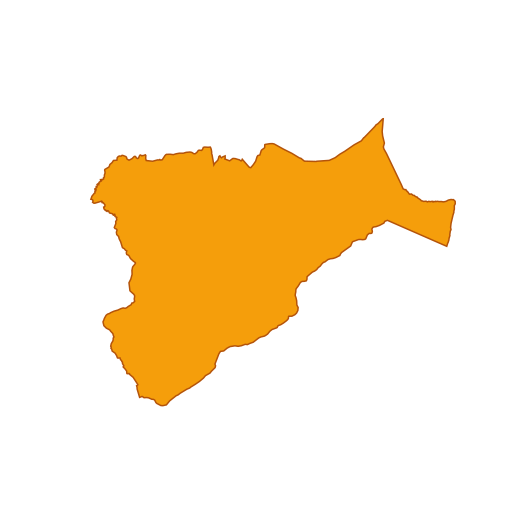 Susa, Cundinamarca, Colombia, rotated 21°
{"feature_id": "7082276B26676280145187", "entity_name": "Susa", "entity_type": "district", "adm_level": 2, "iso_a3": "COL", "parent_name": "Colombia", "parent_adm1": "Cundinamarca", "projection": "albers", "projection_center": [-73.846, 5.439], "detail": "fine", "context": "isolated", "style": "filled", "palette": "amber", "viewbox_px": 512, "rotation_deg": 21, "n_neighbors": 0, "source": "geoboundaries", "source_scale": "gbopen_adm2", "svg_char_len": 6084}
<svg xmlns="http://www.w3.org/2000/svg" viewBox="0 0 512 512"><g transform="rotate(21 256 256)"><path d="M325.6,82.3L325.1,82.6L322.4,88.8L321.0,90.7L320.6,92.4L314.5,106.8L314.2,107.0L313.1,110.7L307.8,117.0L301.3,126.5L297.8,130.9L294.7,135.8L290.1,140.5L278.7,145.8L278.3,146.2L267.2,150.1L262.9,148.7L261.5,148.9L252.6,147.3L243.4,146.4L232.8,144.9L231.0,145.2L228.6,146.2L224.5,148.6L224.3,149.0L225.2,151.5L225.1,152.1L223.4,154.8L223.1,155.7L223.4,160.3L221.7,161.6L221.4,163.0L221.7,167.6L220.8,171.6L219.5,175.4L218.0,175.6L217.1,175.2L208.5,170.6L208.4,172.0L208.0,172.6L205.6,172.1L204.9,172.3L201.7,172.5L199.7,173.1L199.2,173.5L197.3,176.6L192.1,176.6L192.1,175.5L191.3,173.6L189.4,175.4L188.5,176.7L187.5,176.3L186.4,175.4L185.9,176.1L185.7,176.9L186.0,177.8L186.0,180.3L184.3,184.2L184.0,186.1L178.8,177.4L177.9,176.4L177.4,174.9L176.0,172.5L175.1,171.4L174.3,170.7L172.2,171.7L169.0,172.7L167.9,173.5L167.9,175.4L167.4,176.9L164.9,177.6L164.3,178.2L163.7,180.4L162.5,182.4L161.3,182.8L158.9,182.3L157.1,182.6L153.6,184.3L151.3,186.1L147.6,187.5L144.8,189.2L142.5,191.0L139.3,191.8L136.0,193.2L135.5,193.8L135.0,195.0L134.0,199.7L132.7,200.6L132.0,200.6L131.6,200.4L131.1,201.1L129.6,201.6L125.5,204.6L119.3,206.2L118.1,204.6L117.1,201.6L116.4,201.2L115.0,202.5L114.1,202.9L113.6,203.4L112.1,203.1L111.6,203.3L111.3,204.4L111.2,206.7L110.6,207.4L109.3,207.4L107.9,206.3L107.1,206.4L106.6,206.8L105.4,209.5L103.1,212.1L100.9,211.7L100.5,211.4L99.8,210.3L98.9,209.8L96.2,209.8L94.9,210.0L94.3,211.1L92.6,211.6L91.8,212.4L91.2,213.9L91.8,216.4L88.7,217.9L88.2,220.3L86.8,222.9L86.9,224.7L86.7,225.8L83.9,229.3L83.9,230.0L84.9,231.6L85.4,232.9L85.4,234.6L86.1,236.6L85.5,238.1L86.1,238.6L85.4,239.8L84.7,240.1L84.1,240.0L84.0,240.5L83.5,240.6L83.8,241.1L84.5,241.1L84.7,241.4L83.2,243.2L83.1,243.8L83.4,244.5L82.8,244.8L82.1,246.0L83.0,246.1L82.4,246.5L82.7,248.3L82.0,248.5L82.2,248.8L82.6,248.7L82.7,249.1L81.5,251.2L81.9,251.7L82.7,251.2L82.9,251.3L83.1,252.4L82.7,251.9L82.4,252.5L82.9,253.1L82.5,253.5L82.6,253.9L83.1,254.8L82.6,255.3L81.4,259.0L81.5,262.2L82.7,262.0L83.7,262.4L84.3,263.6L84.2,264.4L85.6,264.8L86.7,264.4L92.3,260.1L93.1,260.6L93.1,261.3L93.7,261.3L94.3,261.0L96.6,262.3L97.1,263.7L96.7,264.3L96.8,264.6L96.4,264.9L96.6,265.1L96.5,265.5L97.4,266.6L98.5,267.2L98.9,267.0L99.2,267.4L101.0,267.8L101.1,267.6L100.8,267.0L102.1,266.8L103.8,268.3L106.9,268.0L108.2,269.0L108.6,268.8L108.8,267.9L109.1,267.7L110.0,268.8L110.2,269.6L112.1,269.8L111.9,270.3L113.1,272.2L112.6,274.0L113.5,275.9L113.5,280.2L114.6,280.9L115.8,280.8L116.7,281.2L117.0,281.8L117.1,283.8L118.3,285.9L120.7,287.0L122.1,289.0L124.6,291.3L128.2,295.9L128.9,296.2L130.5,296.4L132.1,297.4L133.5,297.5L133.8,299.6L134.8,300.9L136.5,301.0L137.2,301.2L139.8,303.4L143.4,304.8L145.7,305.4L146.0,305.8L145.8,307.3L144.9,309.9L144.8,310.8L145.3,313.8L146.9,317.5L147.4,322.5L147.0,326.5L150.7,333.5L151.3,333.9L155.6,335.5L156.8,336.4L157.3,337.6L157.7,339.7L159.0,341.9L158.0,343.8L156.9,344.5L156.9,346.2L154.8,348.9L153.9,350.5L152.7,351.7L150.6,352.1L148.9,353.4L146.4,356.0L143.2,358.4L140.4,361.2L139.9,362.1L138.5,363.2L137.9,364.0L137.3,365.1L136.8,368.6L136.9,370.7L136.7,371.9L137.1,372.9L139.0,375.6L142.1,377.0L145.9,377.4L147.4,378.4L150.1,379.7L151.6,381.7L152.2,382.2L152.4,382.6L152.1,383.8L152.7,385.5L152.8,386.7L152.3,389.7L152.7,392.3L153.5,392.9L153.7,394.2L154.7,394.7L155.8,396.3L159.3,397.2L161.6,399.0L163.1,400.7L163.6,400.8L165.6,399.9L166.7,401.4L167.8,401.7L168.7,402.7L169.3,402.9L170.0,404.4L171.8,405.7L172.0,406.1L171.7,406.8L171.9,407.3L173.6,408.0L176.4,409.7L177.6,412.0L178.1,412.0L179.5,411.2L180.0,411.2L180.1,411.7L184.8,413.3L191.8,418.4L191.8,419.0L191.0,419.9L192.0,421.2L192.7,422.8L198.0,429.7L199.9,428.0L200.6,427.9L201.4,428.3L202.3,428.4L204.5,427.4L206.4,426.9L210.0,427.1L211.7,426.6L213.0,426.8L215.1,428.7L216.3,429.2L220.8,429.7L222.7,429.1L225.7,427.1L227.3,422.2L231.5,415.1L233.1,413.5L234.4,411.3L239.1,405.2L241.4,403.0L242.1,401.7L245.3,397.5L248.2,393.3L250.7,388.8L251.7,385.8L255.0,381.8L255.7,379.5L257.8,374.9L257.6,373.0L256.4,371.6L256.4,360.6L257.0,357.8L259.9,356.2L262.1,352.3L264.2,349.9L268.5,347.4L271.7,346.7L274.5,345.0L277.6,342.3L279.7,341.8L281.5,339.9L284.3,337.5L288.0,331.4L289.6,329.8L292.4,327.9L293.4,326.8L294.8,324.7L295.9,321.3L297.3,318.9L301.1,315.6L301.4,315.0L301.5,313.4L301.9,312.8L303.6,311.4L305.6,308.8L307.6,305.6L308.4,303.9L308.6,302.7L308.1,300.9L308.2,300.5L311.1,299.3L313.3,296.9L314.3,294.8L314.6,291.9L313.8,289.0L311.7,287.1L310.0,283.2L308.2,280.5L306.8,278.9L306.4,277.7L306.0,275.3L305.4,273.6L305.2,272.2L306.2,268.8L306.8,265.3L307.5,263.9L308.2,263.2L310.4,262.2L311.9,261.1L311.9,259.5L311.1,257.1L311.5,256.2L314.4,250.8L316.1,249.1L317.5,247.0L318.2,244.6L319.6,242.4L320.3,239.8L321.3,237.7L322.4,236.9L324.4,233.6L326.3,232.0L328.8,230.7L331.0,228.9L334.1,225.5L334.2,223.5L334.7,222.0L340.8,212.7L340.9,208.5L341.2,207.9L345.8,203.9L347.4,203.2L349.9,202.5L351.7,201.5L352.3,200.6L352.4,196.5L353.0,195.3L353.5,194.4L355.1,193.8L355.8,193.3L356.0,192.8L355.8,191.3L354.5,189.3L354.8,187.5L355.5,186.7L357.5,185.6L360.4,183.1L363.6,179.4L363.8,177.5L365.9,175.6L430.6,178.6L430.4,175.7L430.5,173.6L430.3,173.0L430.4,172.4L429.9,170.2L429.7,167.4L429.3,166.8L428.5,163.3L428.6,161.5L427.4,159.5L426.4,155.6L425.2,146.9L425.1,144.5L424.6,143.1L424.4,141.2L423.1,137.9L423.3,135.9L422.4,133.7L421.9,133.3L420.1,132.6L419.0,133.1L417.9,133.3L415.5,134.9L413.9,136.8L412.0,138.1L410.9,138.5L409.9,138.6L407.4,139.6L405.5,140.0L404.5,140.8L404.0,140.6L402.8,141.5L402.0,141.6L402.0,142.0L401.6,142.1L400.9,141.8L399.1,142.9L397.8,143.0L396.6,144.1L395.2,143.9L392.9,145.0L391.4,145.0L390.6,145.2L389.5,144.6L385.9,143.7L385.3,143.2L384.4,143.4L382.8,143.1L381.9,142.7L380.9,143.1L379.0,142.4L378.6,142.8L377.6,142.9L377.2,143.3L376.8,143.2L375.0,141.9L374.5,141.8L374.3,141.5L373.2,141.2L372.1,140.3L371.3,140.7L369.3,140.6L365.9,137.1L341.1,113.6L337.0,110.2L335.8,108.5L335.4,104.6L331.2,98.5L329.2,94.6L325.6,82.3Z" fill="#f59e0b" stroke="#b45309" stroke-width="1.5"/></g></svg>